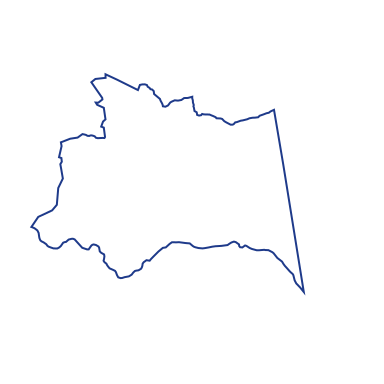 the district of Morro Cabeça no Tempo, Piauí, Brazil, rotated 111°
{"feature_id": "56859067B6613236641364", "entity_name": "Morro Cabeça no Tempo", "entity_type": "district", "adm_level": 2, "iso_a3": "BRA", "parent_name": "Brazil", "parent_adm1": "Piauí", "projection": "natural_earth1", "projection_center": [-43.896, -9.762], "detail": "fine", "context": "isolated", "style": "outline", "palette": "blue", "viewbox_px": 384, "rotation_deg": 111, "n_neighbors": 0, "source": "geoboundaries", "source_scale": "gbopen_adm2", "svg_char_len": 2986}
<svg xmlns="http://www.w3.org/2000/svg" viewBox="0 0 384 384"><g transform="rotate(111 192 192)"><path d="M282.2,329.4L282.2,327.3L282.3,325.9L283.3,322.6L285.2,320.5L288.8,318.5L290.0,317.7L291.5,316.2L292.0,314.8L292.2,312.5L293.0,309.3L294.0,307.8L294.4,306.4L294.4,303.9L294.3,301.1L293.0,297.5L291.4,296.1L289.5,295.1L285.5,294.1L284.5,293.0L283.7,291.7L280.6,290.1L278.9,287.7L278.3,286.4L278.3,284.6L283.4,274.5L283.2,269.5L282.6,267.9L278.2,266.8L277.0,266.1L276.2,265.0L275.9,262.6L276.4,259.8L277.2,258.8L280.5,256.8L281.3,255.0L281.8,251.7L283.5,250.7L286.2,250.1L287.9,249.9L288.9,248.5L289.6,246.2L290.5,245.3L291.5,243.9L292.8,241.6L293.0,237.6L293.2,235.6L294.1,234.3L296.4,232.3L298.1,230.3L298.0,227.8L297.3,226.4L295.6,224.3L293.4,220.7L290.8,218.7L288.3,218.0L286.2,217.0L285.4,215.9L284.3,213.9L282.0,212.1L280.5,211.8L278.7,211.9L276.5,212.4L274.8,211.9L273.6,211.1L272.0,210.1L271.3,206.9L269.4,206.3L265.9,204.8L259.6,202.0L254.6,199.2L253.1,196.6L248.5,194.3L246.1,192.7L244.6,188.6L243.5,186.1L242.0,179.8L240.8,175.7L242.1,172.0L242.4,170.6L242.4,169.1L242.0,165.9L240.9,162.0L239.9,160.1L237.8,156.6L235.8,153.5L234.2,150.6L231.8,145.3L228.8,139.8L227.0,138.6L225.0,137.1L223.3,135.1L223.1,133.2L224.1,129.3L225.5,128.6L226.3,127.3L225.7,125.1L222.9,123.3L222.8,121.9L223.6,118.1L223.7,115.6L223.2,110.7L222.4,108.6L220.1,103.9L219.9,102.6L218.9,99.9L219.4,95.4L219.9,93.9L223.0,88.7L224.7,83.0L226.5,80.7L227.7,78.8L228.9,76.4L230.9,72.6L231.5,71.3L232.5,68.6L233.3,67.6L237.7,64.5L240.0,61.9L242.4,56.8L245.3,51.8L190.2,83.8L143.2,111.1L133.4,116.8L85.9,144.9L88.7,147.6L90.5,148.7L91.8,150.7L93.8,152.9L96.6,156.2L98.5,157.0L100.2,160.2L100.9,162.0L102.6,164.8L104.3,166.5L106.9,170.2L108.0,172.1L110.7,175.2L111.5,176.6L113.5,177.3L114.5,178.1L115.3,180.1L114.7,185.2L114.3,187.3L113.0,190.0L113.1,191.6L114.4,195.6L113.7,196.7L113.5,199.6L113.5,201.3L113.4,203.4L115.3,208.7L115.5,210.5L117.0,211.0L118.1,212.8L118.2,214.8L115.9,216.2L115.5,218.7L112.5,220.5L111.5,221.4L110.2,221.5L108.1,223.2L106.1,224.1L104.4,225.4L103.0,225.9L105.7,229.6L107.1,233.0L109.9,234.9L111.7,237.8L112.6,241.0L115.2,243.6L116.3,244.4L119.8,245.4L121.9,247.4L122.4,249.9L121.2,250.6L120.1,251.6L117.9,254.2L116.6,255.3L114.1,262.5L111.5,263.9L110.6,266.0L110.9,267.6L110.0,269.0L109.6,271.1L108.3,272.4L108.4,274.6L109.4,277.0L110.7,279.0L116.2,279.0L114.0,302.1L113.1,314.9L114.4,314.4L116.4,313.6L121.1,322.7L125.6,325.3L134.8,311.8L136.3,309.6L137.7,308.8L142.2,311.5L143.0,313.9L144.6,311.8L145.0,304.5L155.2,298.8L158.1,300.3L163.5,300.2L163.5,297.4L171.8,292.9L173.0,293.1L173.5,294.7L174.5,297.0L175.5,299.2L175.8,301.1L174.9,302.8L174.9,304.3L175.1,305.9L175.6,307.1L176.5,308.0L177.0,309.8L176.7,311.5L176.9,313.2L177.2,315.0L182.2,318.3L185.9,324.8L192.6,332.2L195.9,330.2L207.2,328.6L207.1,326.1L210.4,324.4L213.2,324.9L218.0,322.0L225.7,317.4L236.2,318.3L252.4,313.6L259.3,316.0L270.3,326.6L282.2,329.4Z" fill="none" stroke="#1e3a8a" stroke-width="2"/></g></svg>